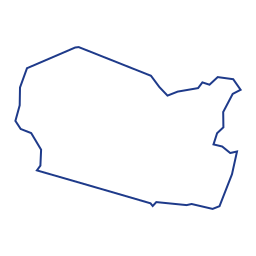 the district of Tucker, West Virginia, United States of America
{"feature_id": "52423323B12346389629957", "entity_name": "Tucker", "entity_type": "district", "adm_level": 2, "iso_a3": "USA", "parent_name": "United States of America", "parent_adm1": "West Virginia", "projection": "mercator", "projection_center": [-79.514, 39.117], "detail": "fine", "context": "isolated", "style": "outline", "palette": "blue", "viewbox_px": 256, "rotation_deg": 0, "n_neighbors": 0, "source": "geoboundaries", "source_scale": "gbopen_adm2", "svg_char_len": 567}
<svg xmlns="http://www.w3.org/2000/svg" viewBox="0 0 256 256"><path d="M20.7,129.0L31.2,133.1L41.1,149.7L40.4,165.6L36.9,170.4L95.8,187.4L150.5,203.3L152.7,206.0L156.3,202.1L186.6,205.1L191.6,204.0L212.6,208.9L219.5,206.2L232.0,174.2L237.0,151.5L230.2,153.0L222.2,146.5L213.5,144.4L217.1,133.2L223.4,127.3L223.2,112.0L232.7,93.9L240.6,89.8L233.2,79.2L217.7,77.1L209.5,84.7L202.4,82.4L198.1,88.1L177.7,91.6L167.5,95.6L159.4,87.1L151.0,75.8L78.7,47.1L75.2,47.5L27.0,68.2L20.0,87.5L19.7,105.3L15.4,120.9L20.7,129.0Z" fill="none" stroke="#1e3a8a" stroke-width="2"/></svg>